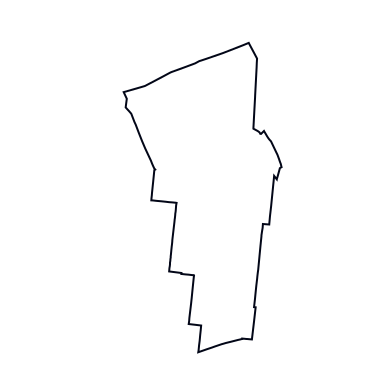 Spantov, Calarasi, Romania (Mercator projection), rotated 190°
{"feature_id": "2599482B51695230514205", "entity_name": "Spantov", "entity_type": "district", "adm_level": 2, "iso_a3": "ROU", "parent_name": "Romania", "parent_adm1": "Calarasi", "projection": "mercator", "projection_center": [26.79, 44.153], "detail": "fine", "context": "isolated", "style": "outline", "palette": "ink", "viewbox_px": 384, "rotation_deg": 190, "n_neighbors": 0, "source": "geoboundaries", "source_scale": "gbopen_adm2", "svg_char_len": 2560}
<svg xmlns="http://www.w3.org/2000/svg" viewBox="0 0 384 384"><g transform="rotate(190 192 192)"><path d="M162.0,348.7L167.2,345.4L185.8,334.1L201.1,325.6L206.1,322.9L206.9,322.5L207.5,322.2L211.3,319.2L221.5,313.2L232.8,306.7L233.9,306.0L236.2,304.2L240.5,300.8L256.8,288.2L258.0,287.6L258.4,287.4L260.4,286.4L276.6,278.5L272.4,272.5L272.1,265.7L272.0,263.8L270.4,262.5L267.9,260.6L265.6,258.7L265.3,258.4L260.8,250.9L259.1,248.5L254.7,241.1L249.9,233.3L245.6,226.7L241.6,221.0L237.8,215.6L236.3,213.1L234.5,210.4L233.5,209.0L233.3,208.7L232.1,207.7L232.9,207.0L232.6,203.2L232.0,195.0L231.7,190.8L231.5,188.1L231.2,183.8L231.0,181.9L230.8,178.7L230.6,176.7L229.0,176.9L225.6,177.1L220.9,177.5L216.8,177.8L213.0,178.0L211.8,178.1L210.0,178.3L206.2,178.6L205.3,178.6L205.3,177.6L205.3,175.9L205.1,174.0L204.9,172.1L204.8,170.9L204.7,169.5L204.7,167.9L204.5,166.1L204.4,164.5L204.3,163.1L204.3,162.1L204.2,160.8L204.1,159.5L203.1,142.6L203.0,141.1L202.8,139.5L202.7,138.2L202.6,136.7L202.5,134.6L202.4,133.3L202.3,131.8L202.1,129.3L201.9,126.8L201.8,124.9L201.6,123.8L201.6,123.1L201.6,122.3L201.4,120.3L201.4,118.6L201.1,116.9L201.0,115.2L201.0,113.1L200.7,109.8L188.3,110.4L188.2,109.4L187.5,109.5L184.3,109.7L181.1,110.0L177.4,110.2L176.0,110.4L175.7,110.4L175.5,110.2L175.4,107.8L174.6,96.9L173.9,87.7L173.5,81.8L172.7,67.4L172.4,64.7L172.3,61.7L172.3,61.4L172.1,61.4L168.8,61.6L165.5,61.8L159.8,62.1L159.4,57.2L159.1,52.6L158.6,46.7L158.4,42.1L158.1,38.5L158.0,37.0L158.0,36.2L158.0,35.3L155.8,36.5L150.1,39.7L145.3,42.3L142.7,43.8L139.4,45.6L136.3,47.3L134.8,48.0L132.4,49.2L127.4,51.4L121.0,54.3L118.8,55.2L118.0,55.6L117.5,55.8L116.9,56.0L117.0,56.4L112.9,56.7L112.3,56.8L112.2,56.8L107.4,57.2L108.4,74.8L109.3,89.5L110.9,89.4L111.4,97.6L111.8,102.7L112.4,111.0L112.8,118.0L113.0,120.5L113.2,124.1L113.3,126.9L115.2,150.6L115.9,160.2L116.1,161.7L116.1,162.4L116.2,166.0L116.2,166.9L116.2,168.9L116.6,172.8L110.3,173.4L110.4,174.6L110.7,178.2L111.0,181.6L111.6,191.6L111.9,195.5L113.9,222.1L110.7,219.2L110.7,219.5L110.3,223.0L109.7,229.4L109.6,230.7L108.9,231.4L108.1,232.0L108.6,233.1L109.5,235.2L110.2,236.3L111.4,238.4L111.8,239.2L114.3,243.5L116.4,246.4L122.9,255.5L123.7,256.2L124.2,256.5L125.6,257.7L126.6,258.7L127.8,260.0L129.9,262.5L130.8,263.5L131.7,264.6L134.1,261.2L134.9,261.2L135.1,261.6L135.6,262.1L135.8,262.4L136.3,262.7L137.3,263.2L138.0,263.5L142.5,265.0L142.6,265.5L144.7,282.7L146.3,296.0L146.6,298.2L150.0,325.9L150.6,330.3L151.1,334.7L154.6,339.2L161.2,347.6L162.0,348.7Z" fill="none" stroke="#020617" stroke-width="2"/></g></svg>